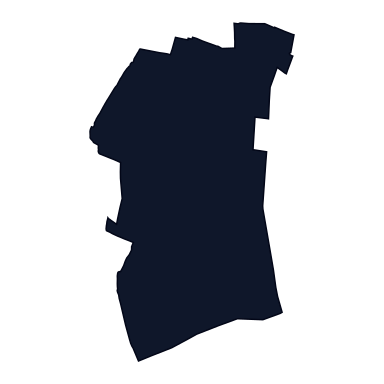 outline of Ghidici, Dolj, Romania
{"feature_id": "2599482B59241638748717", "entity_name": "Ghidici", "entity_type": "district", "adm_level": 2, "iso_a3": "ROU", "parent_name": "Romania", "parent_adm1": "Dolj", "projection": "orthographic", "projection_center": [23.199, 43.873], "detail": "fine", "context": "isolated", "style": "filled", "palette": "ink", "viewbox_px": 384, "rotation_deg": 0, "n_neighbors": 0, "source": "geoboundaries", "source_scale": "gbopen_adm2", "svg_char_len": 3380}
<svg xmlns="http://www.w3.org/2000/svg" viewBox="0 0 384 384"><path d="M139.7,49.2L138.8,51.1L137.1,53.8L135.7,56.3L135.0,57.3L134.6,58.1L134.2,58.7L133.9,59.7L133.9,60.4L133.6,60.9L133.6,61.3L133.4,61.8L133.4,62.1L133.3,62.3L133.1,62.4L132.5,62.4L132.2,62.4L131.9,62.4L131.7,62.5L131.2,63.0L131.0,63.3L130.8,63.6L130.5,63.9L130.3,64.2L130.2,64.5L130.3,65.0L130.2,65.3L129.9,65.9L129.5,66.1L129.1,66.4L128.7,66.8L128.2,67.4L127.7,68.0L127.1,68.5L124.2,72.5L122.4,75.7L121.2,77.7L120.5,78.5L120.1,79.3L118.0,83.3L117.0,85.3L116.5,85.9L115.7,86.7L115.2,87.4L114.4,88.5L113.5,90.0L112.7,91.3L111.4,93.4L110.2,95.4L108.1,98.8L107.0,100.5L106.1,102.1L104.7,104.4L104.6,104.7L104.2,105.4L103.1,107.3L101.9,109.6L100.7,111.8L99.9,113.3L98.2,115.8L97.0,117.9L96.5,118.7L96.1,119.6L95.7,120.7L95.0,121.9L94.7,122.5L94.5,122.9L94.4,123.7L94.4,124.2L94.6,124.7L94.3,125.3L94.0,126.2L93.4,127.2L93.2,127.4L92.4,127.1L91.7,126.7L91.5,126.8L91.0,128.0L90.6,128.9L90.2,130.2L90.0,131.6L90.1,133.7L90.2,135.8L90.1,137.6L90.4,138.4L90.6,138.7L91.5,139.7L92.7,141.0L93.2,141.6L93.4,142.2L93.8,142.6L94.5,143.0L96.7,144.2L97.8,144.8L98.3,145.4L98.4,146.1L98.3,147.3L98.3,147.9L98.3,148.4L98.4,149.0L98.5,149.4L98.3,150.5L98.3,151.7L98.5,152.0L98.6,152.6L98.9,153.1L99.2,153.5L99.5,153.7L99.9,154.0L100.5,154.2L101.6,154.6L103.8,155.5L105.4,156.1L109.3,157.7L114.1,159.6L120.6,162.5L120.4,171.8L120.5,178.4L122.2,198.6L120.1,207.2L118.4,215.1L117.5,219.4L116.9,222.7L116.6,224.3L115.0,223.2L112.9,221.7L111.1,220.5L110.0,219.6L109.0,219.0L108.3,218.4L107.9,217.8L107.7,218.8L107.0,221.5L106.7,224.1L106.4,225.6L106.1,228.8L106.3,230.2L106.5,230.7L110.1,232.3L111.6,233.2L112.9,233.9L117.9,236.2L119.7,236.9L124.4,238.9L128.1,240.3L133.4,242.5L132.7,244.0L131.6,246.7L131.6,248.3L131.5,250.2L130.2,252.8L129.4,254.5L128.0,256.4L126.8,257.9L125.9,259.8L125.2,261.4L123.7,265.6L121.4,270.1L120.5,271.6L120.0,271.6L119.0,271.7L118.0,272.3L117.6,273.6L117.3,276.0L117.4,278.7L117.3,283.8L117.4,286.7L117.6,288.8L117.2,290.6L117.4,291.5L117.6,292.3L118.7,294.9L119.2,298.4L120.6,303.6L125.6,325.0L129.6,339.6L130.7,343.3L132.0,346.3L133.0,347.9L138.5,361.0L142.7,359.3L150.7,356.0L171.8,347.7L188.9,338.5L196.6,334.2L217.8,325.9L237.4,318.7L262.9,319.7L280.2,313.4L282.1,312.3L277.6,296.6L275.8,287.4L273.4,269.9L271.0,255.9L262.9,209.1L262.7,205.9L265.7,163.4L266.6,151.8L253.0,149.7L255.0,117.1L267.4,118.6L268.5,118.8L269.3,100.2L270.1,87.3L270.3,86.7L274.3,75.7L275.7,71.6L277.2,67.4L277.6,67.6L278.3,68.2L283.0,71.6L284.8,73.0L286.3,73.8L287.7,69.7L291.0,60.9L292.3,57.3L292.8,56.1L291.5,55.6L290.0,54.8L290.0,54.6L289.9,54.4L289.6,54.0L289.5,53.9L289.4,53.8L289.4,53.4L289.5,53.1L289.9,52.9L290.7,52.6L293.0,40.3L294.0,34.8L292.4,34.4L284.1,31.2L274.8,27.3L274.7,27.9L274.2,27.8L265.7,24.1L264.7,23.7L262.0,23.7L248.7,23.6L240.7,23.0L240.0,23.1L239.6,23.2L239.2,23.5L238.6,23.6L238.0,23.8L234.1,23.3L234.2,25.3L234.3,26.6L234.6,32.4L234.7,38.7L234.9,41.2L234.8,48.1L225.3,48.4L221.9,48.5L220.5,47.7L218.9,46.8L218.2,46.4L217.8,46.2L217.5,46.2L217.2,46.2L216.7,46.2L215.9,45.9L204.3,41.7L203.5,41.4L202.4,41.0L200.8,40.3L196.9,38.6L195.1,38.0L193.9,37.7L192.6,37.3L191.9,39.1L191.1,39.0L188.6,38.3L188.1,38.3L187.9,39.9L184.0,39.2L181.2,38.6L176.4,37.6L175.5,37.4L172.2,49.3L170.4,54.7L166.9,53.8L162.3,53.1L159.9,52.8L140.3,49.0L139.7,49.2Z" fill="#0f172a" stroke="#020617" stroke-width="1.5"/></svg>